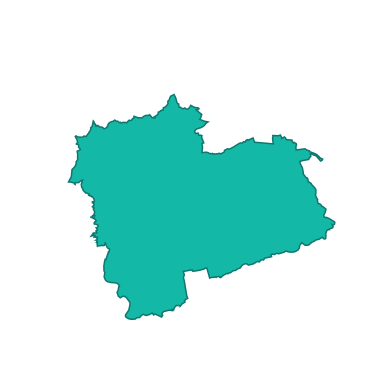 the district of Amatitán, Jalisco, Mexico, rotated 235°
{"feature_id": "50627088B14856852442900", "entity_name": "Amatitán", "entity_type": "district", "adm_level": 2, "iso_a3": "MEX", "parent_name": "Mexico", "parent_adm1": "Jalisco", "projection": "mercator", "projection_center": [-103.707, 20.845], "detail": "fine", "context": "isolated", "style": "filled", "palette": "teal", "viewbox_px": 384, "rotation_deg": 235, "n_neighbors": 0, "source": "geoboundaries", "source_scale": "gbopen_adm2", "svg_char_len": 5996}
<svg xmlns="http://www.w3.org/2000/svg" viewBox="0 0 384 384"><g transform="rotate(235 192 192)"><path d="M82.7,282.4L83.1,282.3L82.0,286.8L82.8,287.8L84.9,288.1L84.0,288.5L83.9,290.2L85.1,291.5L85.8,291.6L91.8,289.0L94.2,287.5L94.6,286.5L96.1,286.0L97.4,286.6L99.0,289.6L99.7,289.8L100.0,290.9L101.3,291.9L105.2,290.7L105.8,290.1L108.0,290.3L109.5,289.5L109.8,288.9L111.3,289.0L112.6,289.5L113.7,290.6L116.3,290.8L118.7,291.4L120.0,292.8L122.9,294.8L124.6,295.0L129.2,294.3L130.7,294.5L133.1,293.6L133.5,293.0L136.0,294.3L137.6,294.4L138.0,293.7L143.2,293.5L144.2,294.4L148.6,296.3L153.0,296.9L155.2,297.8L154.0,301.3L151.7,306.3L152.2,306.6L153.1,309.9L155.3,310.7L155.0,311.5L152.1,313.1L150.6,314.4L143.6,315.1L143.3,316.6L144.0,317.9L146.9,316.3L147.6,316.4L150.9,315.7L153.1,314.6L157.7,311.4L158.4,311.8L160.4,310.2L162.6,309.3L166.7,301.4L168.7,302.5L170.5,304.1L170.6,304.6L171.6,305.1L172.9,304.7L173.6,303.6L174.2,303.9L174.3,303.3L175.5,303.0L177.2,303.7L180.7,299.3L182.6,299.6L184.1,299.3L184.3,296.1L185.8,296.9L188.1,297.0L188.4,295.2L191.9,290.6L190.9,290.2L190.5,289.4L188.8,288.2L184.8,286.2L196.9,271.8L201.3,273.0L202.2,267.6L202.8,267.8L203.3,266.8L203.3,265.8L202.4,264.3L203.6,263.0L203.3,261.0L204.2,260.1L204.7,258.7L205.1,251.4L205.7,247.0L207.0,246.0L207.5,242.6L206.3,241.4L206.7,237.3L207.8,236.9L210.0,232.2L210.6,232.1L211.2,230.9L212.0,230.8L212.1,230.0L213.5,228.5L215.1,227.7L216.6,226.3L218.5,222.7L222.7,226.4L226.0,227.9L225.5,229.8L231.3,231.2L232.5,232.5L233.7,231.6L234.4,230.1L236.7,230.9L238.0,228.4L240.6,229.1L241.0,232.0L239.6,236.2L239.3,238.7L239.7,241.5L240.3,242.5L240.2,245.3L243.6,242.2L247.1,240.0L247.7,241.5L250.0,244.5L253.8,243.3L254.8,243.4L255.4,242.8L256.9,242.5L256.1,245.5L257.2,245.4L260.0,242.5L263.7,240.7L262.6,238.5L262.4,235.8L263.2,235.0L265.0,234.3L265.1,232.8L266.0,232.0L267.2,231.2L268.3,231.1L268.6,230.3L269.1,230.0L271.7,231.6L272.8,230.9L274.0,231.0L278.6,232.7L282.2,233.2L282.7,229.3L280.2,225.5L280.2,224.2L278.2,223.1L277.4,221.1L276.9,218.9L277.5,216.9L275.7,215.4L276.3,214.6L276.3,213.1L276.6,212.8L276.2,211.6L276.8,210.3L275.0,208.4L275.2,204.2L273.9,204.3L273.9,204.1L275.8,202.0L279.7,201.6L279.6,200.4L281.2,198.2L281.7,195.4L281.3,193.6L283.8,190.4L287.3,187.9L285.9,186.5L286.2,185.3L285.4,183.6L286.0,182.4L286.9,181.7L286.2,178.0L287.0,177.7L287.7,176.3L288.6,175.7L288.9,174.0L289.5,173.3L290.1,173.4L290.5,172.3L292.6,171.8L293.5,170.5L295.2,170.0L295.1,167.9L295.6,167.0L296.2,164.2L295.5,161.9L294.5,161.2L294.5,160.2L293.7,159.5L294.0,156.6L294.4,156.2L296.6,155.7L297.4,154.5L298.6,153.5L299.5,153.4L299.7,152.9L300.5,153.0L300.9,151.2L301.6,151.1L302.0,151.7L302.6,151.4L303.2,151.7L304.2,151.4L306.0,152.0L306.8,151.9L302.9,147.7L302.8,145.9L301.4,145.1L300.8,144.1L300.1,142.0L299.3,141.1L299.3,140.1L298.1,137.2L299.8,135.7L299.5,134.4L300.3,132.9L302.6,130.0L304.5,129.2L304.4,128.2L300.4,127.7L298.4,126.8L297.7,124.8L297.3,124.8L296.1,126.1L295.3,126.0L293.8,124.8L291.1,125.1L290.7,124.1L291.3,121.3L287.8,119.6L286.5,118.4L284.2,117.1L283.1,114.3L281.5,113.2L279.9,110.6L279.2,106.6L273.9,102.1L271.0,96.6L270.2,97.8L267.1,100.6L265.9,100.3L265.3,100.6L266.1,101.0L266.4,101.8L264.8,104.5L264.9,107.7L264.5,109.2L261.7,105.6L259.0,104.3L258.0,104.5L255.7,103.8L252.0,104.4L251.4,105.4L250.5,105.6L249.6,106.6L249.2,106.7L248.6,105.5L247.5,106.0L246.9,107.0L245.9,106.9L245.7,107.5L244.0,107.8L242.0,107.5L240.8,107.1L240.7,106.5L240.0,106.1L241.0,105.0L240.2,104.9L240.2,104.3L238.6,104.9L237.5,104.3L237.5,103.8L237.1,103.4L237.3,102.4L237.0,101.9L235.4,102.7L234.7,102.2L234.7,101.4L231.5,100.9L229.8,98.8L228.2,98.8L228.2,98.5L229.5,97.8L229.4,97.1L229.6,96.9L228.9,96.5L228.9,95.9L229.8,94.4L226.8,96.2L226.9,97.0L226.1,96.5L224.8,97.2L223.2,96.8L223.3,95.5L223.0,95.4L222.8,94.0L221.7,93.6L221.4,94.3L218.8,96.0L218.5,95.9L217.4,94.7L217.3,93.5L217.6,93.0L215.4,92.9L215.2,90.9L213.7,91.0L213.1,90.5L215.0,87.7L214.4,87.2L214.6,86.9L213.7,84.2L212.8,87.1L212.2,87.5L212.1,86.4L211.3,85.9L211.3,86.8L210.4,86.8L209.3,88.7L208.6,88.2L208.4,87.4L207.4,86.9L207.6,85.8L207.1,86.3L206.7,86.2L206.0,85.8L205.6,84.9L205.0,85.6L204.8,85.0L201.8,83.4L201.5,84.7L200.6,85.9L200.0,87.7L199.3,88.0L198.5,89.4L199.9,91.6L195.3,90.7L194.4,90.8L192.8,91.6L191.9,91.3L190.9,90.0L190.4,89.1L190.7,89.0L186.0,82.7L186.7,82.3L185.5,80.8L182.0,77.4L177.9,74.7L176.1,74.4L172.8,71.3L169.6,70.6L167.4,71.1L164.9,73.1L160.5,78.3L157.5,78.8L156.5,78.6L156.5,77.8L153.7,74.9L152.7,73.0L149.0,71.9L146.5,72.6L146.2,75.7L145.5,76.6L144.5,77.2L143.1,77.7L137.8,77.8L135.9,77.2L131.5,72.5L129.4,67.0L128.5,66.3L127.3,66.1L124.5,67.4L122.5,69.3L120.4,72.8L120.7,74.4L119.2,77.3L119.9,79.9L119.8,81.8L117.5,83.3L116.9,84.2L115.8,87.8L115.8,90.0L113.3,90.0L113.2,91.8L107.0,95.4L107.9,97.3L108.4,97.1L109.9,97.9L110.3,100.2L108.2,105.7L106.0,108.0L107.1,108.4L105.9,109.3L107.1,110.9L108.0,113.1L107.7,114.6L105.6,117.0L105.2,116.8L106.1,120.0L105.8,123.1L107.1,123.3L107.6,125.3L107.4,127.5L110.1,128.2L123.0,134.4L127.0,136.0L128.4,138.1L131.9,139.3L128.2,147.4L126.9,147.0L125.8,148.6L123.6,153.2L122.0,157.6L122.2,158.8L121.1,160.5L111.3,157.1L111.1,158.4L109.1,162.0L108.7,162.7L108.2,162.8L108.3,164.0L107.6,165.2L106.7,166.2L106.1,165.8L105.4,166.6L105.8,169.9L105.3,173.9L104.4,174.5L104.4,176.2L103.8,177.1L103.9,180.6L102.7,182.9L102.9,185.4L102.1,188.0L103.2,190.8L103.1,193.2L102.4,194.9L101.7,195.6L99.7,196.4L97.9,201.1L98.0,202.6L97.6,203.5L98.0,204.8L97.1,206.2L96.4,206.6L96.1,207.6L96.8,209.0L96.4,210.3L95.3,211.7L96.1,213.7L93.5,219.7L93.4,220.1L95.0,220.4L95.3,221.4L94.4,223.0L93.6,223.4L93.3,225.7L92.7,226.9L91.8,227.3L89.9,232.8L89.7,235.1L88.7,236.0L87.9,236.3L85.8,238.8L84.3,241.3L83.9,243.0L83.7,245.8L84.0,246.6L84.6,247.8L86.4,249.5L87.5,252.8L83.5,254.1L82.2,255.9L81.7,257.3L82.1,261.5L81.6,263.5L81.7,265.7L80.4,269.1L80.2,272.8L78.2,273.0L77.2,274.0L77.4,275.0L79.4,276.7L80.9,277.4L83.0,280.2L83.3,281.5L82.7,282.4Z" fill="#14b8a6" stroke="#0f766e" stroke-width="1.5"/></g></svg>